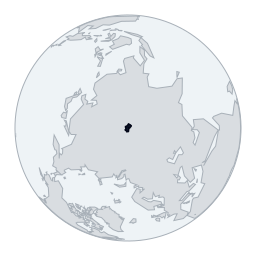 the Earth from above Hovd, rotated 205°
{"feature_id": "MNG-3320", "entity_name": "Hovd", "entity_type": "Province", "adm_level": 1, "iso_a3": "MNG", "parent_name": "Mongolia", "parent_adm1": "", "projection": "orthographic", "projection_center": [92.143, 46.988], "detail": "fine", "context": "on_globe", "style": "filled", "palette": "ink", "viewbox_px": 256, "rotation_deg": 205, "n_neighbors": 0, "source": "natural_earth", "source_scale": "10m", "svg_char_len": 12301}
<svg xmlns="http://www.w3.org/2000/svg" viewBox="0 0 256 256"><g transform="rotate(205 128 128)"><circle cx="128" cy="128" r="113" fill="#eef3f6" stroke="#a8b0b8"/><path d="M178.7,27.4L179.1,27.8L173.0,26.8L171.7,25.6L170.4,25.7L172.0,27.3L173.3,28.3L170.9,32.7L175.1,40.4L179.8,43.4L176.1,42.5L187.4,49.0L191.9,54.7L184.7,47.9L182.4,47.1L184.3,50.6L182.3,50.6L182.1,52.3L179.6,52.0L175.6,48.4L173.9,48.2L175.4,50.7L173.7,52.2L171.8,48.5L168.8,50.7L161.6,45.6L158.4,36.7L152.3,34.6L143.5,27.5L142.2,28.3L138.1,26.5L135.0,26.8L134.3,25.7L132.5,27.0L133.7,28.0L133.4,29.0L131.7,29.4L130.4,27.9L131.1,27.5L129.9,27.2L129.9,26.3L128.9,27.0L127.6,25.2L126.4,27.5L123.3,26.7L123.1,25.4L126.4,24.8L134.1,21.1L134.9,20.0L132.7,18.9L121.7,18.1L121.3,17.4L118.2,17.0L117.0,17.6L118.9,18.1L115.8,19.4L118.5,20.2L117.7,20.9L119.1,22.2L115.4,22.9L110.9,22.9L109.5,21.9L107.5,22.0L106.0,23.8L100.6,23.0L92.2,24.7L91.2,24.6L94.4,22.3L101.6,19.9L105.8,18.0L99.5,20.2L97.1,20.2L95.2,20.7L93.2,21.5L92.7,21.9L91.1,22.2L96.8,19.9L98.3,19.6L96.5,20.2L99.9,19.2L103.7,18.1L102.1,18.4L110.8,16.7L119.5,15.7L128.2,15.4L136.9,15.7L145.6,16.7L154.2,18.4L162.6,20.8L170.8,23.8L178.7,27.4ZM226.5,73.3L226.0,72.4L225.8,72.1L226.5,73.3ZM226.0,72.6L226.2,72.8L226.0,72.6ZM226.3,73.2L226.1,72.7L226.4,73.4L226.3,73.2ZM226.8,74.2L226.5,73.6L226.8,74.2ZM227.2,75.2L227.2,75.5L226.9,74.8L227.2,75.2ZM174.3,28.9L172.2,27.4L171.5,26.1L173.4,27.3L174.3,28.9ZM175.3,31.8L173.8,31.0L175.4,30.6L175.8,31.2L175.3,31.8ZM183.7,45.8L182.4,44.0L184.3,45.8L183.7,45.8ZM182.6,52.6L183.6,53.2L183.0,53.9L182.6,52.6ZM121.1,21.8L120.1,22.0L120.4,21.7L121.1,21.8ZM122.7,22.3L123.6,21.7L124.5,21.9L123.9,22.2L122.7,22.3ZM178.6,54.1L177.5,55.2L178.0,53.5L178.6,54.1ZM121.3,23.0L125.9,22.2L127.4,22.5L126.4,24.1L121.3,23.0ZM176.4,55.4L173.6,58.2L175.6,59.7L168.4,57.4L173.1,55.6L173.4,53.2L174.6,54.9L176.4,55.4ZM134.9,28.2L133.4,27.1L136.2,27.7L134.9,28.2ZM136.7,28.4L145.7,29.3L147.0,31.2L143.7,30.5L146.6,32.9L142.8,33.4L140.4,32.2L140.3,30.8L138.9,32.1L136.7,28.4ZM164.9,55.8L163.6,56.0L164.2,55.1L164.9,55.8ZM133.5,29.5L135.2,29.4L136.4,31.1L133.2,31.5L133.8,30.8L133.5,29.5ZM149.3,33.4L149.6,34.8L146.6,35.6L146.4,36.2L142.9,33.6L149.3,33.4ZM132.7,30.6L131.6,31.7L129.4,31.3L131.9,29.7L132.7,30.6ZM138.1,31.3L138.5,32.2L137.2,31.8L138.1,31.3ZM121.3,30.8L123.3,30.5L124.1,31.3L121.3,30.8ZM131.3,32.2L132.0,32.3L132.6,32.6L131.4,33.3L131.3,32.2ZM141.0,34.4L139.7,34.4L142.3,35.5L140.2,36.2L138.2,34.4L138.2,35.5L137.5,35.7L136.7,34.0L141.0,34.4ZM131.9,35.0L128.6,33.1L124.7,33.4L123.9,32.6L130.3,32.4L131.9,35.0ZM134.8,34.5L132.8,34.6L132.7,33.5L134.1,32.8L134.8,34.5ZM139.4,37.4L143.2,36.8L143.5,37.2L139.4,37.4ZM130.7,35.3L131.5,35.7L130.5,35.4L130.7,35.3ZM136.8,37.0L138.1,36.6L138.4,37.1L136.8,37.0ZM132.1,37.0L131.0,36.3L131.9,35.8L132.1,37.0ZM134.2,37.1L134.3,37.9L132.8,36.0L134.8,36.9L134.2,37.1ZM136.9,37.5L137.5,37.7L136.3,37.6L136.9,37.5ZM129.4,39.6L127.3,37.3L129.2,36.0L131.0,38.4L129.4,39.6ZM26.0,80.3L26.3,79.6L29.2,74.3L37.5,73.7L36.2,78.7L39.2,89.8L39.0,92.1L35.3,95.0L34.9,110.0L38.7,109.3L41.7,120.4L45.8,125.5L53.1,119.1L46.4,110.6L48.6,105.1L56.6,108.4L62.9,116.2L63.9,114.3L62.7,106.3L66.9,105.2L62.6,103.3L62.2,106.2L59.5,105.3L59.6,102.6L61.1,102.2L60.0,99.3L53.2,102.2L52.1,105.4L47.5,100.3L45.3,105.4L43.0,105.4L45.9,97.0L47.8,95.2L50.8,83.9L48.4,85.3L45.4,96.1L45.1,94.1L41.8,96.4L44.1,93.0L48.0,81.2L45.7,76.5L37.9,77.2L37.6,74.2L39.6,69.3L47.3,63.5L47.2,71.0L49.9,69.4L54.1,63.9L53.7,66.8L55.4,65.6L55.8,68.3L60.4,68.8L61.4,71.3L67.2,68.5L68.5,69.5L64.7,70.8L62.6,73.2L65.5,79.9L67.2,80.3L70.8,78.0L71.1,80.3L74.2,77.3L77.8,80.1L76.0,74.2L80.1,71.8L84.4,72.0L85.5,70.2L78.3,69.9L75.8,70.8L74.2,73.2L67.0,75.1L65.1,73.6L71.4,67.8L69.4,65.1L75.1,62.1L90.8,64.2L95.4,66.9L94.4,76.9L91.0,77.6L89.7,74.3L87.3,79.8L89.2,78.2L89.5,80.2L93.5,78.7L93.9,80.0L97.1,76.3L98.0,77.9L96.0,80.2L102.7,79.6L105.8,82.4L107.1,81.6L107.7,80.0L111.2,84.9L112.0,84.1L111.2,82.2L112.3,79.5L115.6,76.7L116.6,78.6L115.5,79.8L114.9,85.3L111.9,88.5L112.6,89.0L115.5,86.7L116.3,79.9L118.0,77.8L118.1,80.9L118.2,79.6L119.4,79.1L121.5,80.4L121.6,77.0L133.1,70.1L138.3,72.2L137.1,75.5L146.2,73.4L151.4,76.5L150.6,74.6L154.5,72.7L152.9,71.7L152.8,70.7L161.9,66.0L164.9,66.5L167.9,62.9L167.6,62.1L165.6,61.4L168.4,57.4L175.6,59.7L176.1,61.5L180.3,61.9L180.9,66.1L183.3,70.0L181.6,74.7L183.7,77.6L185.1,77.4L188.9,81.4L192.0,90.5L183.4,83.7L177.5,71.3L179.3,76.3L177.1,75.4L176.6,77.4L178.1,81.0L179.4,81.3L172.4,89.3L172.3,100.1L176.8,98.1L180.2,100.2L184.0,111.9L178.2,130.5L182.7,134.5L183.4,137.7L180.4,140.7L179.3,136.0L175.7,135.2L175.5,132.2L170.4,135.9L169.9,131.8L166.1,136.8L168.3,139.7L173.0,137.8L169.9,144.2L175.6,148.5L176.9,154.8L169.8,167.8L161.5,172.6L161.2,174.6L157.5,173.0L153.2,177.3L160.4,186.7L160.4,189.6L153.1,195.9L152.8,193.8L143.2,189.5L141.7,196.3L149.0,201.1L151.6,206.8L146.1,205.5L143.5,200.4L140.0,198.7L140.7,192.9L137.4,184.1L131.9,185.9L132.1,182.2L126.7,174.2L118.6,176.2L105.8,184.5L104.4,193.4L99.9,196.3L93.4,181.9L93.0,172.3L89.1,172.1L83.8,162.0L70.2,155.6L69.6,152.5L66.7,152.3L63.2,147.4L62.8,142.3L60.0,140.8L61.4,154.1L64.5,155.7L69.0,153.7L68.7,157.7L72.3,163.2L63.5,168.2L45.5,164.3L46.0,157.0L44.2,130.9L45.5,129.2L45.7,128.5L43.2,130.8L43.6,125.8L42.2,142.7L40.9,148.6L45.2,164.5L44.2,164.8L46.3,168.8L55.7,172.8L55.2,174.8L49.4,181.0L38.4,183.7L41.2,192.5L42.7,198.0L38.8,195.8L42.1,200.7L40.7,199.2L35.1,191.6L30.1,183.7L25.8,175.3L22.2,166.6L19.3,157.7L18.7,155.1L16.1,139.0L16.5,134.8L16.4,130.7L15.9,127.7L16.1,122.7L16.0,120.4L16.4,113.1L17.8,104.6L19.9,96.3L22.6,88.2L26.0,80.3ZM31.1,77.4L30.0,78.6L31.1,77.4ZM67.2,128.9L72.5,133.1L74.1,126.0L76.3,127.1L76.1,124.3L74.2,125.4L74.2,118.3L78.0,118.4L79.4,115.7L77.7,114.1L70.8,115.2L70.8,125.2L67.8,126.6L67.2,128.9ZM96.8,20.4L96.3,20.5L94.2,21.2L94.9,20.9L96.8,20.4ZM86.2,25.2L83.9,25.7L86.1,25.0L86.7,24.4L92.0,22.4L91.0,24.4L90.5,23.8L86.2,25.2ZM98.9,20.6L95.6,21.5L99.2,20.5L98.9,20.6ZM64.5,57.0L63.3,58.9L61.1,59.5L59.9,56.9L63.0,56.0L64.5,57.0ZM62.0,61.6L68.6,56.9L69.6,58.5L67.9,58.4L67.9,59.9L65.2,60.1L59.8,66.4L57.6,67.4L56.5,61.7L58.1,63.0L59.2,60.9L62.0,61.6ZM83.5,44.3L86.4,42.9L84.9,48.1L82.4,48.9L81.0,46.2L83.2,43.7L83.5,44.3ZM118.5,26.2L119.7,25.7L120.1,26.1L119.4,26.8L118.5,26.2ZM122.2,30.6L113.7,28.8L114.7,28.1L108.6,28.3L108.7,26.5L112.6,26.5L108.1,25.4L111.7,24.7L108.4,24.2L117.1,24.2L120.2,23.7L116.8,24.9L116.6,26.4L117.4,26.9L122.1,28.1L128.5,28.0L129.4,29.7L128.3,31.0L126.9,31.3L126.8,30.0L125.0,31.3L123.7,29.7L122.2,30.6ZM114.9,47.7L115.3,45.6L111.5,49.0L110.2,47.0L109.8,47.5L107.6,46.7L104.3,46.6L104.2,45.6L102.9,46.0L101.4,45.5L99.6,45.9L98.8,44.1L96.6,44.4L97.5,43.5L93.9,44.4L96.2,43.0L94.5,42.4L93.2,44.1L93.2,35.2L91.4,33.0L88.7,32.1L93.0,30.0L98.4,29.6L103.7,30.7L104.7,33.3L106.5,32.0L107.6,32.9L105.7,33.5L109.2,33.1L109.6,34.0L114.2,35.6L119.0,34.7L120.8,35.4L119.1,36.2L122.1,36.3L120.2,38.4L121.4,39.0L120.8,41.8L116.8,43.3L118.5,43.8L118.1,46.1L114.9,47.7ZM129.0,40.3L124.6,42.3L121.7,42.3L124.0,37.5L123.2,36.7L124.6,33.9L128.8,34.0L128.0,34.8L128.2,35.6L126.8,35.2L128.0,36.1L127.0,37.3L127.7,38.3L126.0,38.7L129.0,40.3ZM40.9,92.3L41.1,93.7L41.9,95.4L39.9,97.0L40.9,92.3ZM43.4,84.2L43.9,85.0L41.4,87.8L41.2,86.5L43.4,84.2ZM46.3,83.2L44.1,84.8L45.2,83.1L46.3,83.2ZM65.4,71.5L66.2,72.4L65.5,73.1L64.0,73.4L65.4,71.5ZM103.2,58.0L103.9,56.6L104.6,56.7L108.0,54.5L109.2,56.0L107.6,57.8L103.2,58.0ZM50.8,119.1L48.4,119.2L48.3,117.6L49.1,117.9L50.8,119.1ZM42.9,107.7L43.7,111.4L42.4,108.1L42.9,107.7ZM105.0,59.2L106.3,58.1L106.1,59.5L105.0,59.2ZM110.2,56.9L110.4,58.4L109.7,55.9L110.2,56.9ZM55.7,207.5L55.7,213.2L52.0,210.3L49.3,207.0L48.0,202.7L51.7,204.3L52.9,203.0L55.7,207.5ZM178.1,213.2L181.2,212.5L181.0,212.8L178.1,213.2ZM175.0,213.2L178.5,212.2L174.3,214.0L175.0,213.2ZM179.9,211.8L183.5,210.0L185.0,208.9L184.7,209.6L179.9,211.8ZM172.5,213.9L159.0,216.8L153.6,216.8L154.9,215.4L163.7,214.2L172.5,213.9ZM154.5,215.4L146.1,212.9L134.2,202.5L138.4,202.6L150.8,208.5L150.1,209.7L155.1,211.9L154.5,215.4ZM174.5,205.0L173.7,208.4L166.3,210.0L162.9,210.1L160.6,206.3L161.9,203.8L164.7,203.3L175.2,192.8L179.0,193.8L175.8,198.1L178.9,200.3L174.5,205.0ZM104.9,194.3L107.6,199.8L105.1,200.2L104.9,194.3ZM179.2,185.7L175.2,190.7L178.8,184.6L179.2,185.7ZM181.2,180.2L181.6,182.1L179.7,180.7L181.2,180.2ZM161.3,177.5L158.4,178.5L158.2,177.0L161.8,174.9L161.3,177.5ZM177.9,160.1L178.4,164.6L178.0,166.3L176.4,164.0L177.9,160.1ZM117.1,71.3L111.1,72.6L107.6,74.8L106.9,77.9L105.3,74.2L110.7,70.8L117.1,71.3ZM131.0,70.0L131.6,67.5L133.0,68.3L133.1,69.0L131.0,70.0ZM130.1,68.6L127.7,66.1L129.1,64.6L130.8,66.9L130.1,68.6ZM116.1,62.3L114.3,62.5L114.5,61.3L116.1,62.3ZM195.3,218.3L195.6,218.1L195.0,218.5L191.9,220.8L191.6,220.9L188.7,222.6L168.2,232.8L164.2,233.9L166.2,232.8L164.6,230.8L166.0,230.5L166.3,228.1L179.0,221.9L188.3,213.4L194.2,211.0L199.4,204.5L205.1,201.4L202.7,205.7L207.8,203.8L213.3,193.8L214.5,198.5L216.9,197.0L216.2,198.0L209.9,205.4L202.9,212.1L195.3,218.3ZM231.7,170.7L232.1,169.7L232.1,169.8L231.7,170.7ZM185.6,210.9L190.0,207.0L192.2,205.8L185.6,210.9ZM231.4,170.6L230.6,171.9L230.8,171.4L231.4,170.6ZM231.6,169.5L231.7,169.1L231.9,169.6L231.6,169.5ZM230.2,170.7L231.1,170.2L230.1,171.1L230.2,170.7ZM229.6,171.8L228.8,172.5L228.9,172.2L229.6,171.8ZM219.4,184.1L222.5,184.4L219.7,187.1L216.7,187.8L213.7,192.2L207.4,196.4L209.1,194.0L208.4,192.4L201.5,195.7L200.1,194.9L202.7,192.6L197.9,193.8L203.1,190.4L205.1,192.3L208.0,188.2L212.7,185.6L217.1,183.3L220.3,182.5L219.4,184.1ZM202.9,197.1L203.8,196.6L202.9,197.9L202.9,197.1ZM227.4,172.9L228.5,172.8L228.3,173.3L227.7,173.9L227.4,172.9ZM221.1,181.3L224.7,175.4L225.5,174.6L223.0,179.7L221.1,181.3ZM224.0,174.6L225.5,173.3L226.2,173.8L225.9,174.6L224.0,174.6ZM192.3,199.7L192.0,200.6L190.6,200.6L192.3,199.7ZM194.1,198.4L198.3,197.3L193.7,199.3L194.1,198.4ZM181.0,200.4L182.2,202.0L186.3,199.3L183.2,202.3L185.9,204.6L184.9,206.2L182.3,203.6L181.1,207.6L179.3,208.1L178.4,205.3L180.3,200.7L182.2,198.4L189.5,195.1L181.0,200.4ZM194.1,195.9L193.0,193.9L193.8,191.8L195.1,192.6L194.1,195.9ZM189.5,189.1L186.3,187.1L183.5,189.3L188.9,182.8L191.1,185.8L189.5,189.1ZM186.5,183.1L183.9,185.2L186.4,181.6L186.5,183.1ZM183.2,184.3L182.7,182.1L184.8,181.7L183.2,184.3ZM187.8,182.7L188.0,178.7L189.2,180.6L187.8,182.7ZM181.3,177.2L186.2,179.6L180.2,179.9L179.1,172.2L181.6,171.2L181.3,177.2ZM190.0,138.9L189.0,136.6L191.0,135.1L191.1,137.1L190.0,138.9ZM196.6,128.7L191.2,134.0L186.6,138.4L188.4,138.9L188.1,143.6L185.0,140.6L187.6,134.5L191.1,131.9L190.9,128.1L193.0,124.4L191.3,120.1L192.0,117.6L194.6,120.7L196.6,128.7ZM190.4,118.4L188.3,110.4L192.4,109.5L193.9,111.1L193.1,115.1L190.9,115.3L190.4,118.4ZM189.0,108.2L186.9,108.4L179.2,98.3L178.6,96.1L186.7,102.9L185.1,103.5L186.2,106.2L189.0,108.2ZM164.4,56.9L163.7,56.1L165.0,56.4L164.4,56.9ZM151.9,70.2L152.0,68.9L153.4,69.3L151.9,70.2ZM153.1,65.6L151.3,66.1L152.7,64.8L153.1,65.6ZM147.5,67.5L150.4,66.0L148.2,68.6L147.5,67.5Z" fill="#d9dde1" stroke="#a8b0b8" stroke-width="1"/><path d="M126.3,131.5L126.2,131.5L126.2,131.4L126.1,131.2L125.9,130.9L126.0,130.5L126.0,130.4L126.3,130.0L126.4,129.9L126.4,129.7L126.3,129.4L126.4,129.1L126.5,129.0L126.5,128.9L126.5,128.7L126.8,128.6L126.9,128.8L127.0,128.8L127.1,128.7L127.4,128.7L127.6,128.7L127.5,128.4L127.3,128.3L127.2,128.2L127.0,127.9L127.1,127.7L126.8,127.3L126.8,127.2L126.7,126.7L126.5,126.2L126.5,125.9L126.4,125.9L126.3,125.7L126.2,125.4L126.3,125.3L126.3,125.2L126.2,125.0L126.2,124.9L126.3,124.8L126.6,124.6L126.8,124.6L127.0,124.6L127.2,124.4L127.3,124.2L127.5,124.1L127.8,124.5L128.0,124.6L128.1,124.8L128.7,124.9L128.8,124.9L129.0,124.8L129.1,124.7L129.3,124.7L129.4,124.8L129.4,125.0L129.5,125.0L129.8,125.2L129.8,125.3L129.7,125.5L129.5,125.8L129.4,125.8L129.4,126.0L129.5,126.1L129.5,126.3L129.7,126.5L129.8,126.7L129.8,126.8L129.9,127.0L130.0,127.1L130.2,127.3L130.4,127.4L130.5,127.5L130.6,127.8L130.8,128.1L130.9,128.3L130.5,128.5L130.4,128.6L130.2,128.8L129.9,128.8L130.0,129.0L130.0,129.3L129.8,129.6L129.7,129.9L129.7,130.0L129.6,130.3L129.4,130.4L129.4,130.5L129.4,131.0L129.4,131.3L129.3,131.9L129.2,131.9L128.9,131.8L128.7,131.9L128.4,131.9L128.2,131.9L127.9,131.8L127.7,131.8L127.4,131.8L127.2,131.8L127.0,131.6L126.9,131.7L126.7,131.6L126.4,131.5L126.3,131.5Z" fill="#0f172a" stroke="#020617" stroke-width="1.5"/></g></svg>